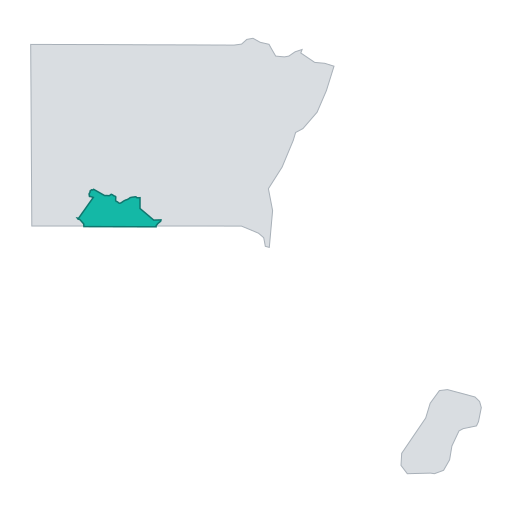 Micomiseng, Kié-Ntem, Equatorial Guinea (highlighted), rotated 180°
{"feature_id": "11065452B35658646165921", "entity_name": "Micomiseng", "entity_type": "district", "adm_level": 2, "iso_a3": "GNQ", "parent_name": "Equatorial Guinea", "parent_adm1": "Kié-Ntem", "projection": "albers", "projection_center": [10.868, 2.052], "detail": "fine", "context": "in_parent", "style": "filled", "palette": "teal", "viewbox_px": 512, "rotation_deg": 180, "n_neighbors": 0, "source": "geoboundaries", "source_scale": "gbopen_adm2", "svg_char_len": 2219}
<svg xmlns="http://www.w3.org/2000/svg" viewBox="0 0 512 512"><g transform="rotate(180 256 256)"><path d="M480.2,286.0L480.4,322.0L480.6,352.5L480.8,385.4L481.0,419.7L481.2,448.8L481.3,467.6L449.4,467.5L407.2,467.4L364.9,467.2L322.6,467.1L301.4,467.0L278.0,466.9L270.4,467.9L265.2,472.6L259.0,473.7L251.8,469.7L243.0,467.7L240.7,463.5L236.3,455.9L227.6,455.1L223.2,455.9L216.9,460.2L209.9,462.5L211.2,459.0L197.3,449.6L187.3,448.7L178.0,445.8L185.6,421.4L194.9,399.8L209.0,383.5L216.4,379.5L218.8,371.5L229.9,344.9L243.6,323.3L239.4,301.4L242.7,264.6L246.7,265.7L247.3,269.2L248.3,274.3L253.5,278.8L270.5,285.9L321.4,286.0L351.7,286.0L396.6,286.0L444.1,286.0L480.2,286.0ZM77.6,38.3L81.5,38.9L104.7,38.3L111.0,46.6L110.3,58.7L86.3,94.0L81.8,108.8L72.6,121.4L64.5,122.4L37.0,115.0L32.4,110.5L30.7,104.4L33.5,90.4L35.5,86.1L48.7,83.4L53.0,81.1L60.1,66.0L62.4,52.2L68.4,41.7L77.6,38.3Z" fill="#d9dde1" stroke="#a8b0b8" stroke-width="1"/><path d="M400.8,317.7L402.4,316.5L402.9,316.3L405.4,316.5L407.3,316.4L418.4,322.7L419.3,322.0L420.5,322.2L422.0,320.9L421.9,320.5L421.9,320.4L421.9,320.1L422.0,319.8L422.1,319.5L422.1,319.4L422.3,319.1L422.5,318.9L422.7,318.7L422.8,318.4L422.9,318.1L422.8,317.7L422.9,317.3L422.9,317.1L422.8,316.9L422.7,316.9L422.5,316.5L422.5,316.4L422.5,316.1L422.6,315.9L422.6,315.7L422.4,315.5L422.2,315.5L421.9,315.5L421.3,315.4L421.0,315.3L420.7,315.2L420.3,315.1L420.0,315.0L419.7,314.9L419.0,314.7L418.7,314.6L425.2,305.4L425.4,305.1L427.5,302.1L429.1,299.9L429.2,299.7L429.3,299.5L429.5,299.4L429.6,299.2L432.4,295.2L433.5,293.7L434.3,293.8L434.7,293.9L434.5,293.6L434.0,292.9L432.1,292.4L429.1,289.0L428.3,288.1L428.2,286.8L428.1,285.4L355.9,285.2L355.9,285.3L355.9,286.2L355.7,286.4L355.1,287.3L353.9,288.7L353.0,289.4L351.9,290.3L351.2,291.0L351.0,292.1L351.4,292.1L358.3,291.9L365.7,298.2L365.8,298.3L372.0,303.5L372.0,308.8L372.0,309.1L372.0,314.3L373.4,314.2L375.2,314.3L376.1,315.2L376.8,315.2L378.1,315.0L379.8,314.8L381.8,314.4L383.2,313.3L384.9,312.4L386.3,312.0L388.3,311.0L390.3,309.6L391.5,308.9L392.4,308.7L393.3,309.1L394.6,310.2L395.9,310.7L396.4,311.8L396.2,315.1L396.9,315.8L398.2,316.2L399.5,317.2L400.8,317.7Z" fill="#14b8a6" stroke="#0f766e" stroke-width="1.5"/></g></svg>